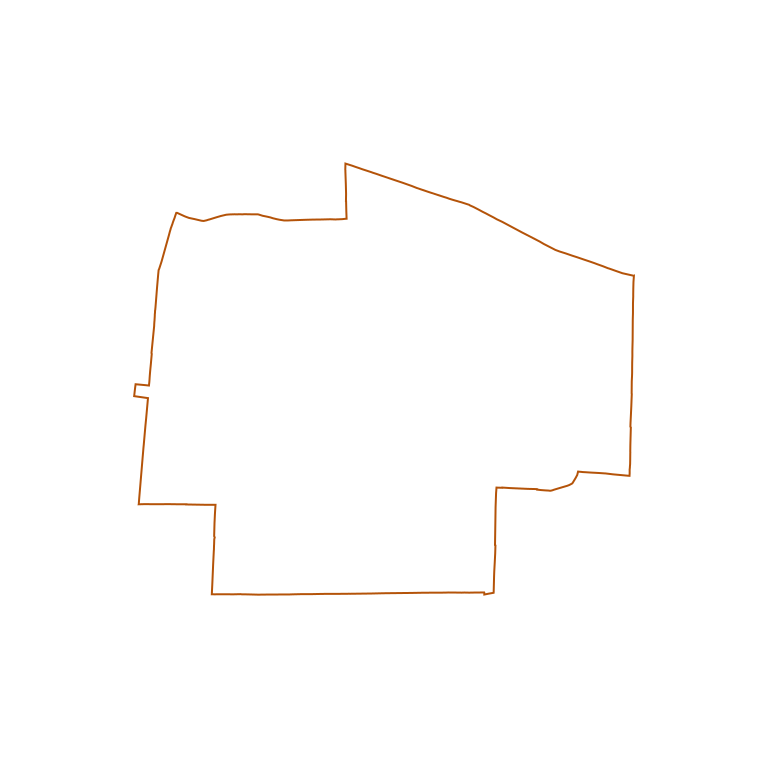 the district of Pogoanele, Buzau, Romania, rotated 159°
{"feature_id": "2599482B73439197946852", "entity_name": "Pogoanele", "entity_type": "district", "adm_level": 2, "iso_a3": "ROU", "parent_name": "Romania", "parent_adm1": "Buzau", "projection": "mercator", "projection_center": [26.983, 44.903], "detail": "fine", "context": "isolated", "style": "outline", "palette": "amber", "viewbox_px": 768, "rotation_deg": 159, "n_neighbors": 0, "source": "geoboundaries", "source_scale": "gbopen_adm2", "svg_char_len": 4318}
<svg xmlns="http://www.w3.org/2000/svg" viewBox="0 0 768 768"><g transform="rotate(159 384 384)"><path d="M516.6,618.2L518.4,616.1L520.0,614.1L521.9,612.0L523.2,610.5L524.2,609.2L525.2,608.1L526.2,606.9L527.4,605.6L527.9,604.8L529.1,603.3L531.4,600.1L543.8,583.4L547.6,578.3L548.7,576.9L552.6,572.1L553.6,571.1L555.7,566.9L561.3,555.4L569.8,537.6L571.0,535.2L571.4,534.6L571.6,534.2L572.0,533.2L572.4,532.3L572.9,531.4L573.6,529.7L574.0,528.8L575.6,525.3L576.3,523.9L576.6,523.2L576.9,522.6L577.8,520.5L590.0,496.2L590.0,495.4L594.5,486.2L597.0,481.2L597.9,479.4L599.2,476.7L600.2,474.6L601.3,472.2L602.5,469.7L604.0,466.8L606.9,468.3L616.0,472.8L618.0,469.1L621.6,462.2L609.4,455.4L618.2,437.5L622.0,429.9L629.9,413.7L631.6,410.3L647.7,377.0L653.5,365.0L655.4,361.0L655.9,359.9L656.1,359.6L652.7,358.4L651.0,357.8L638.4,352.9L627.8,348.9L617.8,344.9L611.7,342.6L611.8,342.4L593.2,334.9L584.6,331.6L588.4,323.3L591.2,316.9L592.0,315.1L597.1,302.8L597.0,301.5L598.1,299.9L600.2,294.9L600.4,294.5L601.7,291.4L602.1,290.4L602.6,289.4L607.9,277.4L616.4,257.8L620.1,249.4L619.5,249.2L617.9,248.5L614.9,247.4L611.8,246.2L604.0,243.2L600.2,241.7L593.2,239.2L592.1,238.6L587.3,236.7L576.9,232.4L567.7,229.0L561.1,226.5L549.3,222.0L545.7,220.7L545.3,220.6L537.2,217.7L527.8,214.1L520.3,211.4L512.1,208.4L501.7,204.4L491.8,200.7L490.8,200.3L470.8,192.9L469.4,192.4L460.2,189.1L457.2,188.0L433.5,179.2L421.7,174.9L405.6,168.8L401.6,167.3L398.4,166.2L392.8,164.0L386.3,161.4L383.7,160.5L379.3,158.7L373.5,156.6L370.6,155.5L367.9,154.5L366.1,153.8L365.2,153.5L365.2,153.1L365.8,151.5L361.7,150.8L356.5,149.8L356.2,150.4L350.2,164.9L348.2,169.6L344.7,177.4L340.9,186.0L337.8,193.4L338.1,193.8L337.7,194.9L337.5,195.3L332.2,208.5L323.9,229.2L318.5,241.9L316.1,247.0L315.0,246.5L310.7,244.7L310.6,244.9L310.4,244.8L310.2,244.7L303.7,241.7L287.2,234.5L279.4,231.3L278.7,230.9L278.9,230.5L275.4,228.7L271.6,226.9L269.8,226.1L268.5,225.5L267.2,224.8L266.3,224.6L265.6,224.5L264.7,224.4L263.4,224.4L258.0,224.0L249.4,223.3L247.3,223.3L245.4,223.5L244.0,223.7L243.4,224.0L238.4,227.9L237.4,228.8L236.3,229.7L234.2,232.7L233.7,232.5L233.5,232.3L231.8,231.5L231.4,231.3L230.1,230.6L227.2,229.3L223.1,227.4L215.7,224.1L210.1,221.5L209.2,221.1L202.6,217.6L188.8,210.8L187.7,210.3L186.7,212.5L185.2,216.4L185.0,216.6L184.9,216.9L184.5,217.7L184.3,218.1L184.1,218.6L182.9,221.1L181.2,225.3L179.7,229.1L178.7,231.6L178.5,232.0L178.3,232.7L177.7,234.2L175.9,238.7L169.5,254.1L169.1,255.0L169.3,255.8L167.9,259.1L164.2,267.5L161.0,274.8L158.4,280.9L156.2,286.0L156.2,286.4L151.7,297.8L149.7,302.3L148.4,305.4L146.1,311.3L144.6,315.1L142.1,321.1L140.5,325.3L139.0,329.0L136.1,336.0L128.7,354.9L126.2,360.9L122.6,370.2L120.0,376.3L119.2,378.4L117.0,383.9L114.6,389.7L111.9,395.5L112.0,395.5L121.9,402.1L122.2,402.4L127.3,406.7L130.2,409.2L132.7,411.3L133.4,411.8L137.3,415.4L142.2,419.6L144.2,421.4L145.4,422.4L148.0,424.6L152.5,428.3L158.0,432.9L162.1,436.2L167.7,440.9L172.5,444.7L176.0,447.8L176.7,448.6L177.4,449.4L180.9,453.3L183.5,456.2L184.5,457.3L187.6,461.2L189.2,463.0L198.9,473.9L200.8,476.0L215.5,493.0L219.7,497.4L222.0,500.2L225.2,503.8L227.7,506.7L230.1,509.3L233.1,512.8L237.0,517.2L239.9,520.1L240.2,520.7L246.5,525.8L248.8,527.5L250.2,528.6L251.7,529.7L253.8,531.3L256.6,533.5L258.9,535.5L261.1,537.2L273.8,547.5L283.2,555.3L287.1,558.9L294.6,565.3L300.2,569.9L311.2,579.0L315.8,582.9L318.8,585.3L319.8,586.2L323.0,588.8L327.2,592.2L330.0,594.6L332.8,596.9L335.0,598.8L335.6,599.3L341.0,603.6L343.4,597.8L343.6,596.9L343.8,596.5L348.0,584.3L351.3,575.0L353.8,568.8L353.8,568.7L354.0,568.3L353.9,568.2L357.3,558.7L359.7,551.7L360.6,552.0L363.7,552.8L367.3,554.0L367.6,554.1L369.0,554.6L370.1,554.9L375.0,557.0L381.2,559.2L385.4,560.7L389.4,562.2L391.0,562.8L397.8,565.2L412.9,570.4L413.9,570.7L416.2,571.5L418.7,572.5L422.7,574.8L425.2,576.4L428.5,578.7L430.2,580.1L432.4,581.6L434.1,582.7L437.1,584.6L440.1,587.0L440.8,587.5L441.5,587.8L443.5,588.6L443.8,588.7L445.7,589.4L449.1,590.8L451.6,591.8L454.1,592.8L454.8,592.9L458.9,594.6L459.8,594.8L462.7,596.0L467.0,597.5L467.6,597.7L470.0,598.4L470.8,598.6L476.0,599.3L480.9,599.7L488.4,600.2L488.8,600.3L491.0,600.4L493.7,600.8L494.7,601.2L496.0,601.9L501.7,605.8L506.5,608.9L508.8,610.9L510.1,612.1L515.8,617.9L516.6,618.2Z" fill="none" stroke="#b45309" stroke-width="2"/></g></svg>